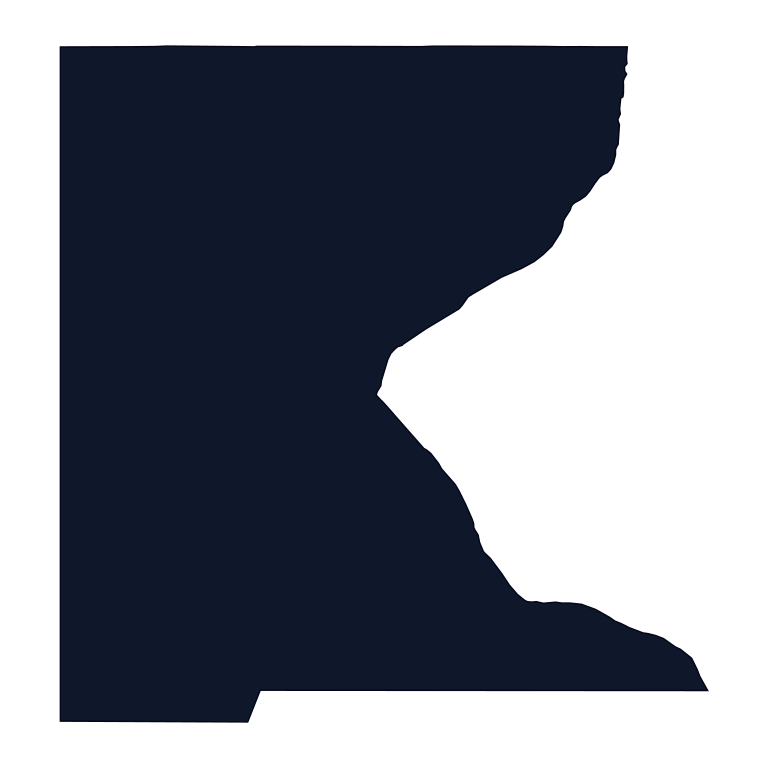 outline of Roberts, South Dakota, United States of America
{"feature_id": "52423323B57962410347725", "entity_name": "Roberts", "entity_type": "district", "adm_level": 2, "iso_a3": "USA", "parent_name": "United States of America", "parent_adm1": "South Dakota", "projection": "robinson", "projection_center": [-96.708, 45.616], "detail": "fine", "context": "isolated", "style": "filled", "palette": "ink", "viewbox_px": 768, "rotation_deg": 0, "n_neighbors": 0, "source": "geoboundaries", "source_scale": "gbopen_adm2", "svg_char_len": 1691}
<svg xmlns="http://www.w3.org/2000/svg" viewBox="0 0 768 768"><path d="M60.4,721.1L247.7,721.9L260.2,690.2L707.6,690.5L699.9,676.7L697.2,669.7L691.6,658.3L680.5,649.4L675.2,646.9L663.5,638.6L655.7,635.6L648.2,633.7L642.8,632.9L629.0,627.6L621.1,623.6L614.7,621.0L609.6,617.4L595.6,609.5L581.4,604.3L569.9,603.1L561.8,603.1L555.6,602.2L543.3,603.3L536.4,601.7L532.0,602.1L527.7,601.8L524.9,600.6L517.4,594.5L509.3,585.1L501.8,573.8L490.3,558.4L484.2,552.6L483.0,550.8L479.5,542.3L478.1,535.1L474.7,529.6L473.8,527.6L473.6,523.6L472.1,519.1L465.8,504.8L459.2,491.4L455.2,484.5L441.7,469.1L438.5,463.4L430.8,453.5L426.3,449.8L423.8,448.5L395.2,416.0L388.0,407.7L387.6,407.3L383.3,402.5L379.7,398.9L376.2,395.1L377.1,391.8L380.8,385.7L381.4,380.8L387.8,359.5L390.7,353.5L395.0,348.9L397.7,346.7L402.1,345.3L403.2,344.1L425.4,329.1L459.0,308.8L462.2,305.2L468.0,296.9L472.5,294.0L501.5,277.1L521.9,268.2L534.3,261.4L542.9,254.7L551.8,246.1L560.6,232.3L562.5,226.5L563.3,221.4L565.1,217.7L570.3,209.8L571.2,206.6L572.6,204.4L574.7,202.7L580.8,199.3L585.7,195.8L589.8,190.9L594.8,183.2L599.2,177.4L602.1,175.2L607.4,172.5L610.8,168.7L613.6,162.6L615.5,154.9L615.5,149.8L616.3,147.6L618.1,144.3L619.4,124.7L618.1,121.1L617.9,119.2L620.3,113.9L619.6,109.0L620.7,98.2L622.9,96.8L623.4,93.4L623.5,85.5L623.3,81.1L624.2,78.4L626.6,74.2L625.7,72.6L624.8,71.6L624.4,67.6L624.8,66.2L627.0,63.5L626.7,61.9L626.5,56.4L627.3,46.9L616.0,46.9L598.5,46.9L590.2,46.8L580.7,46.7L563.0,46.8L545.2,46.5L527.5,46.4L509.9,46.3L433.0,46.2L421.3,46.7L345.5,46.5L256.3,46.4L254.8,46.9L238.4,46.7L167.1,46.1L154.5,46.6L131.5,46.8L60.4,47.0L60.4,445.6L60.4,721.1Z" fill="#0f172a" stroke="#020617" stroke-width="1.5"/></svg>